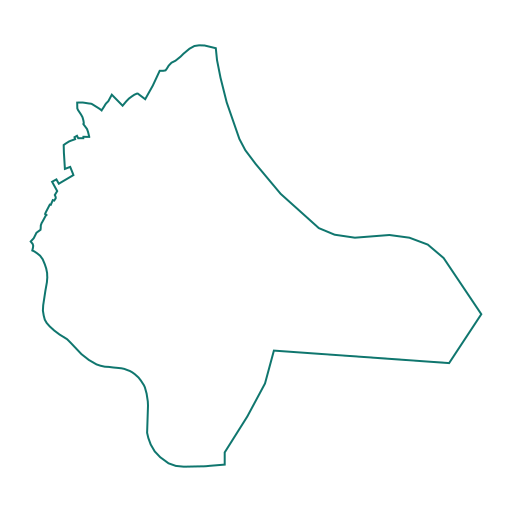 Hai An, Vietnam (Natural Earth projection)
{"feature_id": "81297802B19362557849536", "entity_name": "Hai An", "entity_type": "district", "adm_level": 2, "iso_a3": "VNM", "parent_name": "Vietnam", "parent_adm1": "", "projection": "natural_earth1", "projection_center": [106.726, 20.827], "detail": "fine", "context": "isolated", "style": "outline", "palette": "teal", "viewbox_px": 512, "rotation_deg": 0, "n_neighbors": 0, "source": "geoboundaries", "source_scale": "gbopen_adm2", "svg_char_len": 2412}
<svg xmlns="http://www.w3.org/2000/svg" viewBox="0 0 512 512"><path d="M481.3,314.2L443.6,258.0L435.7,251.3L427.8,244.6L409.4,237.7L389.4,235.0L354.9,237.7L334.6,234.7L318.8,228.1L280.6,193.8L266.3,176.7L255.6,163.9L245.3,150.2L239.4,139.0L226.7,102.4L220.5,77.7L217.0,60.0L215.8,48.2L204.6,45.5L199.2,45.3L194.4,46.0L189.5,48.7L183.5,53.7L180.6,56.6L175.5,60.7L174.3,61.3L171.5,62.7L168.7,65.6L166.8,68.7L165.5,70.4L163.2,70.8L159.7,70.8L152.8,85.6L145.2,99.2L137.8,93.6L136.9,93.6L134.4,94.7L132.0,96.3L129.0,98.5L126.2,101.4L122.6,105.7L111.8,94.7L108.3,101.2L106.2,103.3L105.3,104.5L104.5,105.9L103.5,107.5L101.7,110.2L101.6,110.4L100.5,109.5L98.8,108.3L98.3,108.0L97.2,107.3L92.2,104.2L91.4,103.8L90.3,103.6L89.0,103.5L84.7,102.8L82.5,102.5L79.5,102.5L77.2,102.6L77.3,108.4L78.0,110.0L81.0,114.5L82.5,117.2L83.0,119.0L83.4,120.5L83.7,122.3L83.8,123.2L83.5,123.7L83.5,124.0L83.4,124.1L83.5,124.3L87.0,129.0L87.2,129.4L87.2,129.6L88.0,131.8L88.2,132.6L89.2,136.6L89.2,136.9L83.4,136.8L83.3,138.2L78.5,138.2L78.2,138.2L77.0,135.8L74.5,137.2L75.1,139.2L70.6,140.8L69.5,141.3L69.4,141.3L69.0,141.5L65.5,143.7L64.4,144.5L63.7,145.0L63.7,145.6L63.9,152.8L63.9,153.0L64.0,154.2L64.9,168.9L70.2,166.9L72.8,173.4L73.4,175.1L58.8,183.7L56.4,179.4L53.3,181.1L52.1,181.8L57.2,191.1L54.8,195.0L55.4,196.3L55.7,197.2L55.7,198.3L54.2,200.6L52.8,200.1L50.8,204.8L49.8,204.6L45.7,212.5L45.1,214.0L46.4,215.0L45.8,215.5L42.4,221.8L41.6,223.1L40.8,225.4L40.7,228.2L40.5,229.8L36.5,232.7L36.0,233.7L34.0,237.7L33.6,238.4L31.6,240.5L30.7,241.5L31.9,243.0L32.3,243.4L32.4,243.6L32.6,243.8L32.8,244.4L33.0,245.0L33.2,245.8L33.1,246.6L32.9,248.0L32.3,250.5L34.3,251.4L37.1,253.3L40.1,255.7L42.7,259.3L44.8,264.3L46.2,268.5L47.1,273.0L47.2,276.0L47.3,277.3L46.9,282.3L45.4,290.7L43.2,305.2L42.9,310.6L43.7,315.5L44.8,319.7L46.7,323.0L49.7,326.4L54.2,330.5L59.5,334.5L67.1,339.2L70.7,342.8L81.5,354.2L88.9,360.0L96.5,364.4L100.4,365.7L104.8,366.7L108.7,366.9L113.4,367.5L117.7,367.9L121.5,368.3L124.3,368.9L127.7,370.2L129.9,371.0L132.2,372.3L134.7,374.1L138.5,377.5L140.9,380.6L143.9,385.2L144.9,387.4L146.6,393.6L147.8,401.4L148.0,405.6L147.1,432.8L148.3,437.9L150.7,444.5L154.7,451.4L160.2,457.2L168.5,463.3L175.8,465.9L183.9,466.7L198.3,466.4L204.2,466.3L206.1,466.2L210.0,465.8L224.7,464.6L224.7,452.4L247.3,416.5L265.0,383.5L273.2,353.2L273.9,350.6L449.1,363.1L481.3,314.2Z" fill="none" stroke="#0f766e" stroke-width="2"/></svg>